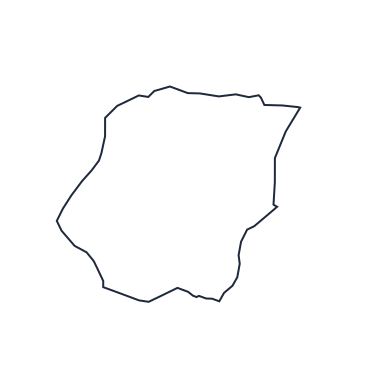 outline of Sunchon City, P'yŏngan-namdo, North Korea, rotated 154°
{"feature_id": "82179303B13009461499859", "entity_name": "Sunchon City", "entity_type": "district", "adm_level": 2, "iso_a3": "PRK", "parent_name": "North Korea", "parent_adm1": "P'yŏngan-namdo", "projection": "natural_earth1", "projection_center": [125.947, 39.488], "detail": "fine", "context": "isolated", "style": "outline", "palette": "slate", "viewbox_px": 384, "rotation_deg": 154, "n_neighbors": 0, "source": "geoboundaries", "source_scale": "gbopen_adm2", "svg_char_len": 904}
<svg xmlns="http://www.w3.org/2000/svg" viewBox="0 0 384 384"><g transform="rotate(154 192 192)"><path d="M57.8,220.4L59.6,221.9L72.9,230.2L88.8,238.5L88.7,246.7L89.7,249.7L99.3,252.3L109.9,260.6L125.9,266.1L141.8,277.2L152.4,282.7L165.6,296.5L181.6,299.3L189.6,296.6L197.5,302.1L208.2,302.1L221.5,302.2L237.6,296.7L245.7,280.2L256.5,266.5L261.9,261.0L272.6,255.5L286.0,250.0L302.0,241.8L315.4,233.6L326.2,225.3L326.2,214.3L321.1,195.0L313.2,184.0L310.6,173.0L310.6,164.7L310.8,150.9L313.5,145.4L302.9,134.4L295.0,126.1L287.1,117.8L279.1,112.3L265.8,112.2L255.1,112.2L247.1,112.2L239.2,103.9L236.6,98.4L234.0,95.6L231.3,95.6L226.0,90.1L220.7,87.3L215.4,81.8L207.4,87.3L196.7,90.0L188.7,95.5L180.6,106.5L177.8,114.8L169.7,125.8L159.0,134.0L151.0,134.0L140.3,136.7L129.7,139.4L122.0,141.4L124.3,144.9L113.4,164.2L102.6,186.2L81.1,205.4L57.8,220.4Z" fill="none" stroke="#1e293b" stroke-width="2"/></g></svg>